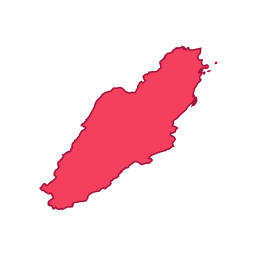 the district of Khlong Thom, Krabi, Thailand, rotated 232°
{"feature_id": "78962969B45717742719747", "entity_name": "Khlong Thom", "entity_type": "district", "adm_level": 2, "iso_a3": "THA", "parent_name": "Thailand", "parent_adm1": "Krabi", "projection": "equal_earth", "projection_center": [99.206, 7.914], "detail": "fine", "context": "isolated", "style": "filled", "palette": "rose", "viewbox_px": 256, "rotation_deg": 232, "n_neighbors": 0, "source": "geoboundaries", "source_scale": "gbopen_adm2", "svg_char_len": 5872}
<svg xmlns="http://www.w3.org/2000/svg" viewBox="0 0 256 256"><g transform="rotate(232 128 128)"><path d="M115.1,18.5L115.1,18.8L114.2,19.6L113.6,19.6L113.0,20.2L110.3,19.3L110.3,20.0L109.8,20.5L109.9,22.2L108.5,22.2L107.1,23.0L106.2,23.8L106.1,24.7L105.5,25.8L104.4,25.9L103.2,30.8L103.3,31.4L102.7,32.0L102.4,33.0L101.3,33.7L101.1,34.9L100.6,35.1L100.2,35.9L100.8,36.8L102.4,37.2L102.4,37.7L102.0,37.7L101.8,38.1L102.3,38.9L102.2,40.3L101.3,41.5L99.5,45.2L98.0,47.3L96.7,49.8L96.7,50.7L97.6,52.9L98.8,54.4L99.5,56.3L99.0,60.4L98.6,61.7L96.0,66.7L96.3,67.4L96.2,68.7L96.4,70.7L96.0,71.5L95.7,71.5L95.5,72.1L94.5,72.3L94.1,73.0L94.6,76.2L94.3,76.9L94.4,77.2L94.2,77.8L94.4,78.1L94.2,79.1L94.7,79.6L94.7,80.4L95.9,80.7L96.1,81.2L96.7,81.4L96.3,83.8L96.9,84.7L96.5,85.5L96.7,86.6L96.4,86.8L96.1,87.9L95.5,88.4L95.9,88.9L95.9,91.1L96.4,91.1L97.3,92.2L97.3,93.2L97.1,93.6L97.8,94.2L97.3,94.9L97.3,95.2L97.8,95.2L98.3,95.8L97.9,96.4L97.5,96.3L97.5,96.9L98.0,97.4L98.4,98.5L97.7,100.7L98.5,101.3L98.6,101.7L97.4,102.3L96.7,104.0L97.6,105.7L97.4,109.2L97.6,111.7L97.0,113.0L95.6,114.6L90.7,116.2L89.7,119.2L87.3,123.3L87.5,126.6L87.8,127.2L88.5,127.5L89.4,127.3L91.3,125.5L91.9,127.3L92.1,129.9L89.9,137.1L87.9,142.4L87.0,143.9L87.6,144.5L86.3,146.7L86.0,149.6L86.4,151.6L86.0,152.1L86.3,152.3L85.8,152.7L87.9,153.2L88.6,153.6L89.7,157.5L90.1,158.2L90.7,158.6L92.8,158.7L96.1,157.0L96.9,157.2L97.4,158.8L96.3,160.8L95.9,162.5L96.2,163.4L97.6,164.6L97.2,166.4L97.4,167.0L98.0,167.0L98.9,166.4L100.3,166.0L101.7,164.5L102.3,164.4L102.8,164.7L103.6,166.6L105.8,168.1L105.9,168.9L105.5,172.5L106.3,176.8L106.7,184.9L107.9,188.1L108.5,192.0L108.4,194.9L108.6,194.9L109.7,198.0L110.5,198.4L110.9,199.7L111.6,199.8L113.2,199.1L115.0,200.4L115.7,201.7L117.5,203.7L117.4,204.2L118.3,204.7L118.9,206.1L118.7,206.5L119.0,207.8L120.3,210.2L120.5,214.0L121.1,215.2L121.5,215.3L121.7,214.9L122.2,214.8L123.3,215.3L124.7,216.8L125.0,218.8L126.2,219.8L126.9,219.7L127.9,217.6L128.7,218.0L128.5,218.8L129.3,219.7L129.6,220.8L129.6,221.9L128.7,224.7L127.8,225.6L126.9,226.0L126.4,227.2L126.5,228.5L127.7,229.4L128.9,229.2L129.6,228.4L129.5,227.7L129.7,226.9L131.7,225.2L134.7,226.2L135.4,227.7L136.1,228.3L136.9,226.9L138.1,226.0L138.8,225.7L141.1,226.8L142.0,228.4L142.3,230.5L144.0,232.7L144.8,233.3L145.5,233.3L146.0,234.3L149.5,227.3L150.7,225.4L151.9,224.5L153.9,225.1L154.3,224.9L154.4,224.3L153.9,223.0L154.3,221.5L154.8,221.4L155.4,222.2L155.8,221.8L155.7,221.0L155.9,220.6L156.5,221.5L156.8,220.6L157.3,220.7L157.3,221.3L157.7,221.7L158.0,221.2L158.6,221.0L158.2,220.8L158.2,220.2L158.6,220.0L158.8,218.8L159.2,218.6L159.8,217.6L159.7,216.7L160.7,215.9L161.0,216.1L161.2,215.5L160.9,215.1L161.3,214.9L161.1,214.5L161.4,214.4L161.1,212.9L161.7,212.1L161.1,210.8L161.1,210.3L160.8,210.2L160.7,208.7L161.0,208.4L160.9,207.7L161.3,207.2L161.3,206.7L161.8,206.4L162.0,205.5L162.3,205.5L162.4,205.2L162.1,203.3L162.3,202.7L161.8,201.6L161.9,201.1L161.5,201.1L160.8,200.6L160.8,200.1L161.1,199.2L160.7,198.4L160.5,194.7L160.2,193.5L156.2,191.8L155.0,190.7L155.3,188.3L154.8,187.2L154.8,185.5L156.6,182.5L157.3,182.2L157.8,180.7L159.0,179.0L158.3,177.7L159.3,174.7L159.5,171.9L157.4,170.9L156.2,170.7L154.5,171.0L154.5,167.6L155.0,167.2L156.4,167.2L156.6,164.8L155.5,163.6L154.8,161.3L153.6,160.4L152.6,157.8L152.0,157.1L151.7,156.0L151.9,155.0L152.7,153.8L153.7,153.1L154.6,150.7L157.6,148.7L163.0,147.9L164.6,146.7L165.3,145.8L166.5,143.3L167.8,142.0L168.3,141.0L167.7,136.9L168.5,135.5L170.1,130.6L170.2,128.3L169.2,125.6L169.1,123.3L168.4,119.2L167.7,118.3L167.4,117.1L165.4,114.7L163.6,110.8L160.9,104.1L160.4,101.7L159.8,101.1L160.3,100.0L159.1,99.6L159.4,98.1L158.9,97.1L159.4,95.1L158.9,93.4L159.0,92.9L158.3,92.9L158.2,93.3L157.5,93.6L156.5,93.7L154.9,94.9L154.2,95.0L153.8,94.2L153.9,92.8L153.7,91.8L154.1,90.7L154.0,88.9L153.2,87.9L152.8,86.1L151.5,84.4L151.4,82.7L151.1,82.2L150.6,80.5L150.6,79.5L150.9,78.4L149.9,77.5L150.2,76.4L150.0,74.9L149.1,73.6L147.8,72.7L147.8,72.3L146.6,71.8L146.9,70.8L146.6,69.8L145.8,69.3L145.7,68.9L145.2,68.8L144.9,68.2L145.4,67.7L145.9,66.4L146.2,66.3L145.9,65.2L146.2,65.1L146.1,64.7L146.6,64.3L146.6,63.7L146.3,63.4L146.5,62.5L146.2,61.8L147.0,60.0L145.4,59.7L145.3,59.2L145.0,58.8L145.0,58.0L144.3,56.9L144.6,55.4L144.3,54.8L143.8,54.3L144.1,53.4L143.9,53.1L144.0,51.8L142.7,50.4L142.1,50.5L140.8,49.5L139.7,49.8L139.4,49.1L139.1,46.2L139.3,45.5L138.9,45.1L138.9,43.8L138.7,43.2L137.6,42.3L137.6,41.8L136.9,41.7L136.2,40.8L135.1,41.2L134.3,41.0L133.8,41.3L133.0,40.5L132.6,34.5L133.1,33.8L132.7,32.0L132.7,30.7L132.2,29.2L132.5,28.8L134.2,28.2L135.4,28.2L135.7,27.7L135.7,26.4L134.7,23.7L134.9,22.6L134.8,22.0L134.3,21.5L131.6,22.0L130.5,23.2L128.4,23.5L125.3,24.8L125.0,25.5L124.3,25.7L124.3,26.5L124.0,26.8L123.9,27.3L122.5,27.0L122.1,27.4L121.2,26.5L119.7,26.7L119.0,25.9L118.7,24.6L119.0,22.9L118.8,21.6L119.0,20.4L118.8,19.7L118.0,19.4L117.7,18.7L117.2,18.6L116.6,18.8L116.5,18.0L115.1,18.5ZM106.8,198.3L107.5,197.0L107.6,195.7L106.8,193.5L106.1,192.5L106.2,194.2L105.7,195.2L106.0,196.5L106.8,198.3ZM125.4,221.2L125.2,220.8L123.7,221.3L124.2,222.5L124.8,222.7L125.4,221.2ZM108.3,198.5L108.6,197.1L108.1,195.7L107.9,197.2L108.3,198.5ZM128.1,222.1L128.7,221.5L128.4,220.4L128.1,221.0L128.1,222.1ZM105.7,195.1L106.1,194.2L105.8,193.2L105.4,194.0L105.4,194.7L105.7,195.1ZM125.4,237.9L125.4,237.0L125.3,236.7L124.9,236.8L124.7,237.4L124.8,238.0L125.4,237.9ZM127.6,222.3L127.7,221.9L127.6,221.2L127.2,222.0L127.6,222.3ZM107.7,198.3L107.5,197.6L107.2,198.4L107.5,198.8L107.7,198.3ZM122.8,227.2L123.2,226.8L123.3,226.1L122.9,226.4L122.8,227.2ZM113.0,200.2L113.3,199.7L113.0,199.2L112.9,200.0L113.0,200.2ZM128.0,220.7L128.2,220.2L128.1,219.8L127.9,220.3L128.0,220.7ZM109.7,200.3L109.7,199.7L109.4,199.4L109.4,200.0L109.7,200.3ZM129.1,220.2L129.0,219.7L128.7,219.5L128.8,220.0L129.1,220.2Z" fill="#f43f5e" stroke="#9f1239" stroke-width="1.5"/></g></svg>